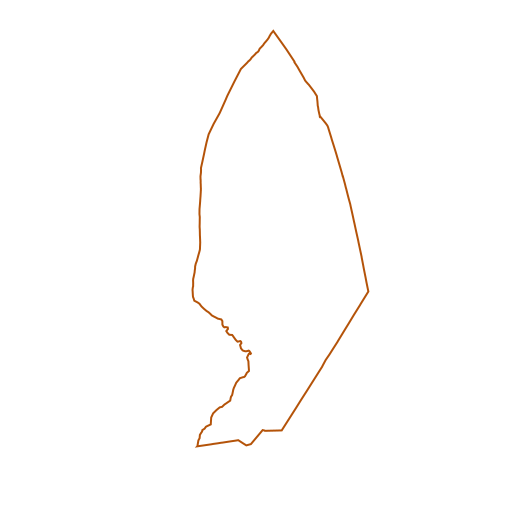 Rombo, Kilimanjaro, United Republic of Tanzania, rotated 40°
{"feature_id": "72390352B49231532539034", "entity_name": "Rombo", "entity_type": "district", "adm_level": 2, "iso_a3": "TZA", "parent_name": "United Republic of Tanzania", "parent_adm1": "Kilimanjaro", "projection": "natural_earth1", "projection_center": [37.461, -3.126], "detail": "fine", "context": "isolated", "style": "outline", "palette": "amber", "viewbox_px": 512, "rotation_deg": 40, "n_neighbors": 0, "source": "geoboundaries", "source_scale": "gbopen_adm2", "svg_char_len": 4940}
<svg xmlns="http://www.w3.org/2000/svg" viewBox="0 0 512 512"><g transform="rotate(40 256 256)"><path d="M124.6,72.5L124.6,73.0L124.6,74.3L124.6,75.2L124.6,76.1L124.7,76.8L124.8,77.2L124.9,77.7L124.9,78.0L125.0,78.4L125.1,79.1L125.3,79.7L125.4,80.2L125.5,80.8L125.6,81.3L125.6,81.9L125.7,82.6L125.7,82.9L125.7,83.4L125.7,84.0L125.7,84.8L125.7,85.4L125.7,86.2L125.6,86.9L125.7,87.7L125.7,88.5L125.8,89.0L125.9,89.9L125.9,90.5L125.8,91.5L125.8,92.2L125.7,93.2L125.6,94.2L125.6,94.9L125.8,95.8L126.0,96.3L126.2,96.9L126.2,97.4L126.2,98.0L126.2,98.7L125.7,100.1L125.7,100.3L125.6,101.0L125.7,101.7L125.6,102.3L125.6,103.1L125.5,103.7L125.4,104.3L125.4,105.2L125.2,105.9L125.2,106.8L125.2,107.4L125.3,108.1L125.4,108.9L125.3,109.9L125.3,110.4L125.3,110.6L125.2,110.7L125.2,110.8L125.2,111.0L125.1,111.3L125.0,111.5L125.0,111.9L125.0,113.5L124.2,122.4L127.3,136.2L131.0,151.5L131.8,154.2L132.1,155.1L135.9,168.4L136.4,170.3L138.6,181.9L141.5,193.2L145.0,200.6L148.9,208.1L150.7,211.4L154.4,218.4L157.3,224.0L158.5,225.3L160.3,227.6L162.2,230.6L164.2,232.9L164.3,232.9L165.9,234.7L166.1,235.0L166.7,235.7L167.5,236.5L168.1,237.2L169.7,239.0L170.0,239.3L170.3,239.6L171.1,240.6L171.7,241.3L171.8,241.5L172.8,242.8L174.2,244.7L175.1,245.9L175.8,246.9L177.1,248.7L177.4,249.1L178.3,250.3L180.0,252.7L182.6,256.4L185.8,260.3L187.9,262.3L191.4,266.6L191.5,266.7L193.8,269.6L194.8,270.7L195.6,271.5L197.9,274.1L199.9,276.4L200.3,276.8L201.3,277.9L202.4,279.1L203.3,280.1L204.1,281.0L204.4,281.3L206.2,283.6L207.1,284.8L207.9,285.8L208.6,286.7L209.1,287.5L210.0,289.4L211.6,293.0L211.9,293.6L213.8,297.7L214.2,298.9L214.8,300.6L215.4,301.8L215.7,302.3L215.9,302.9L216.4,303.5L216.9,304.2L217.1,304.4L217.4,304.8L218.0,305.8L218.5,306.6L219.0,307.3L219.5,308.0L221.8,312.3L222.6,313.9L223.7,315.4L223.9,315.6L224.0,315.7L225.6,317.5L225.8,317.8L227.3,319.6L227.7,320.5L228.9,322.4L229.2,322.8L230.0,323.6L231.5,325.2L233.0,326.8L234.0,327.8L235.3,328.5L235.8,328.8L237.5,329.9L241.1,329.1L243.4,328.9L243.7,329.0L245.8,329.5L246.8,329.7L248.4,329.8L250.1,329.9L250.4,329.9L253.3,329.9L254.4,329.8L255.7,329.6L256.0,329.6L258.3,329.7L260.3,329.9L260.5,329.9L261.9,329.6L262.9,329.4L264.1,329.1L265.5,328.8L267.1,328.5L267.8,328.1L269.8,327.1L270.2,326.9L271.8,327.4L272.1,327.5L274.4,330.2L276.3,331.0L276.6,331.0L277.6,331.0L278.5,329.9L279.4,329.4L280.3,328.9L281.4,329.9L281.5,332.6L283.4,333.2L284.3,333.3L286.1,333.5L287.0,332.9L288.5,331.8L290.3,332.2L290.5,332.3L294.4,333.3L296.9,333.5L297.1,333.3L297.6,332.7L298.2,331.8L298.8,331.2L299.1,331.3L299.4,331.3L299.7,331.3L300.8,332.1L301.0,334.4L303.0,335.8L303.8,336.4L305.3,336.7L306.3,336.9L306.9,336.8L307.7,336.5L308.1,336.3L309.0,335.9L309.9,335.1L310.4,334.4L310.9,333.7L311.2,333.2L311.7,333.1L312.5,333.2L313.5,333.5L314.1,333.7L314.7,333.9L314.7,334.1L314.8,334.6L314.4,334.8L314.0,334.8L313.9,334.8L313.5,335.0L313.4,335.6L313.6,336.5L313.8,337.3L313.9,337.7L314.1,338.4L314.4,339.5L315.8,340.4L316.3,340.7L317.8,341.5L319.3,343.1L320.4,344.3L323.5,347.5L324.5,348.6L324.1,351.4L324.3,352.4L324.4,352.5L324.7,354.3L324.8,354.7L324.9,355.1L324.8,355.4L324.8,355.8L324.6,356.5L324.0,357.1L322.2,360.0L322.2,360.6L322.3,361.9L322.3,362.5L322.3,365.7L322.9,367.8L323.3,369.2L323.8,371.2L324.2,372.2L324.5,373.0L326.3,376.3L327.1,377.9L327.3,379.8L327.9,381.1L329.0,383.0L329.2,383.4L327.3,390.1L327.1,391.9L327.0,393.3L325.5,395.3L324.7,399.7L324.7,400.0L324.3,404.1L325.5,408.5L328.2,412.2L329.6,414.1L327.8,418.0L327.5,418.8L327.4,419.0L327.6,421.4L326.8,423.8L327.5,425.1L327.7,427.1L328.0,429.1L329.9,431.8L330.4,434.3L333.4,439.4L333.4,439.5L342.6,429.2L344.0,427.5L347.0,424.2L349.4,421.4L350.1,420.7L355.7,414.3L359.0,410.6L360.8,408.5L366.6,407.8L370.3,407.3L373.0,403.4L373.0,385.1L374.5,384.3L375.2,384.2L387.8,373.1L384.9,351.0L384.3,346.4L383.1,337.9L382.5,333.3L381.6,326.2L380.8,320.4L380.5,318.2L377.8,298.1L377.6,297.5L376.2,290.8L375.6,284.5L375.6,284.4L374.7,277.8L373.6,269.2L373.4,268.3L373.2,266.9L371.3,254.4L370.5,248.9L368.7,237.3L368.7,237.2L367.2,226.5L367.0,225.5L364.9,211.0L357.6,205.2L353.7,202.0L346.1,195.9L344.3,194.4L337.9,189.2L337.5,188.8L325.6,179.5L325.1,179.1L324.9,178.9L321.9,176.6L316.8,172.7L316.3,172.3L312.3,169.2L310.9,168.1L308.4,166.2L306.1,164.4L305.2,163.7L301.7,161.0L296.6,157.1L295.2,156.0L295.1,155.9L294.7,155.6L290.6,152.8L286.8,150.1L281.7,146.4L280.9,145.9L278.2,143.9L271.3,139.1L271.2,139.2L267.5,136.6L254.1,127.7L253.4,127.2L250.2,125.1L245.4,122.0L239.1,118.0L237.5,116.9L230.2,112.2L228.4,111.0L226.8,110.2L224.0,109.5L218.3,108.4L215.0,107.8L215.0,107.7L215.0,107.8L214.9,107.7L213.2,106.5L212.8,106.2L210.1,104.1L207.8,102.0L206.7,101.2L203.9,98.3L201.6,96.1L199.9,94.4L199.7,94.3L197.7,93.7L195.0,92.8L186.2,90.8L184.7,90.7L184.1,90.5L183.5,90.5L181.8,90.2L180.8,90.0L177.8,88.7L170.3,86.0L166.1,84.4L160.9,82.9L160.6,82.4L146.5,78.2L138.5,76.1L125.3,72.7L124.6,72.5Z" fill="none" stroke="#b45309" stroke-width="2"/></g></svg>